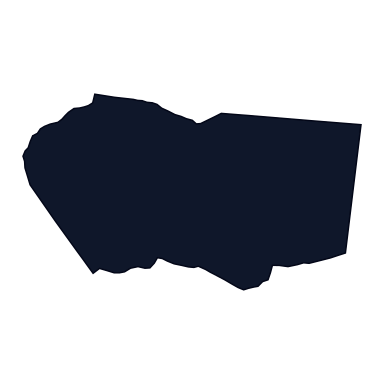 the district of Pacajus, Ceará, Brazil
{"feature_id": "56859067B2750326720255", "entity_name": "Pacajus", "entity_type": "district", "adm_level": 2, "iso_a3": "BRA", "parent_name": "Brazil", "parent_adm1": "Ceará", "projection": "natural_earth1", "projection_center": [-38.522, -4.186], "detail": "fine", "context": "isolated", "style": "filled", "palette": "ink", "viewbox_px": 384, "rotation_deg": 0, "n_neighbors": 0, "source": "geoboundaries", "source_scale": "gbopen_adm2", "svg_char_len": 1203}
<svg xmlns="http://www.w3.org/2000/svg" viewBox="0 0 384 384"><path d="M93.1,273.3L99.5,268.4L106.7,270.5L114.2,272.8L119.4,272.8L124.6,271.8L130.5,268.2L138.0,266.6L144.9,268.2L149.9,267.9L154.3,263.1L157.4,257.7L162.3,258.5L167.2,261.0L174.1,263.8L181.4,265.3L188.4,266.9L193.9,267.4L198.3,266.2L205.7,269.5L210.1,272.1L214.4,274.3L219.3,276.9L224.6,279.7L232.6,284.4L238.1,287.5L243.7,289.8L248.4,288.3L253.9,287.0L258.0,286.3L262.6,281.6L268.0,279.8L270.4,272.8L272.4,265.3L279.3,265.4L288.0,266.6L297.5,264.6L303.6,262.8L309.1,263.3L330.4,257.9L338.2,255.3L345.4,253.0L353.0,190.4L361.0,124.7L312.1,120.8L246.9,115.4L240.1,114.9L221.3,113.4L214.8,116.7L200.6,123.6L196.3,123.9L192.3,120.3L186.3,118.7L181.0,116.4L174.9,114.6L167.9,111.0L161.7,108.2L157.0,104.4L152.3,102.8L146.9,102.3L142.2,100.7L137.6,100.4L133.4,99.4L114.5,97.3L94.8,94.2L92.7,102.9L88.4,105.6L84.4,106.9L79.7,108.0L74.0,108.5L68.5,112.3L65.1,115.7L62.0,119.2L58.0,122.3L50.2,124.1L44.5,126.4L40.4,128.9L37.4,133.4L32.7,135.8L30.3,141.4L28.2,147.8L25.2,150.9L23.0,156.2L24.6,161.3L25.0,167.9L27.2,175.1L30.1,184.8L55.5,221.3L77.0,251.1L83.3,259.7L86.8,264.6L93.1,273.3Z" fill="#0f172a" stroke="#020617" stroke-width="1.5"/></svg>